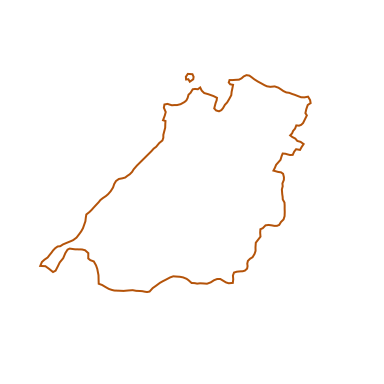 the district of São Luís, Maranhão, Brazil, rotated 31°
{"feature_id": "56859067B1800832829345", "entity_name": "São Luís", "entity_type": "district", "adm_level": 2, "iso_a3": "BRA", "parent_name": "Brazil", "parent_adm1": "Maranhão", "projection": "natural_earth1", "projection_center": [-44.287, -2.635], "detail": "fine", "context": "isolated", "style": "outline", "palette": "amber", "viewbox_px": 384, "rotation_deg": 31, "n_neighbors": 0, "source": "geoboundaries", "source_scale": "gbopen_adm2", "svg_char_len": 3373}
<svg xmlns="http://www.w3.org/2000/svg" viewBox="0 0 384 384"><g transform="rotate(31 192 192)"><path d="M195.0,305.5L198.5,303.6L200.5,302.6L202.8,301.8L205.0,300.9L206.9,299.2L207.8,294.6L209.4,291.0L211.3,286.4L213.0,283.4L214.4,281.2L217.3,276.4L219.4,273.9L222.2,272.5L225.3,270.9L228.3,269.8L232.1,269.2L234.4,269.4L238.5,270.2L241.3,268.7L243.6,267.9L245.9,266.1L248.9,264.5L252.1,262.9L254.6,259.8L256.3,256.3L258.3,253.7L261.1,252.0L265.0,252.0L267.8,252.0L270.5,251.3L273.8,248.9L272.3,245.6L270.1,242.5L269.5,239.4L271.5,237.2L274.2,235.2L276.3,233.8L277.8,232.2L278.7,229.3L277.8,226.9L276.3,225.0L275.4,222.3L276.1,219.4L277.5,216.7L277.5,212.8L276.8,209.7L274.9,206.7L272.8,202.6L273.7,195.0L271.4,191.8L269.8,188.7L271.3,186.6L272.2,182.7L274.6,180.8L277.6,179.5L280.1,178.6L282.3,177.2L283.7,175.3L283.7,171.9L284.6,168.4L283.8,165.0L281.8,161.4L280.0,158.6L278.4,155.9L276.7,153.4L273.6,151.6L272.2,149.5L270.4,147.3L267.7,143.5L266.8,140.4L265.1,138.1L264.5,134.3L263.2,132.0L260.7,129.5L258.2,129.3L255.3,130.5L250.8,131.7L250.6,128.6L250.1,125.3L251.3,118.9L250.3,114.9L249.9,112.3L252.4,111.1L254.7,110.5L257.0,109.8L259.2,108.3L258.8,104.8L259.2,101.7L262.9,100.3L262.8,97.0L263.0,93.4L259.2,93.1L256.0,94.0L253.0,93.0L249.6,93.2L247.0,92.9L247.6,90.2L247.2,87.6L247.7,84.6L247.1,81.2L249.6,80.0L251.0,78.2L251.7,75.7L251.0,67.2L248.6,66.0L247.3,62.1L246.4,57.8L247.9,54.7L245.9,52.4L242.4,50.5L239.6,53.0L236.7,54.6L233.5,55.2L229.9,55.8L227.4,56.4L224.3,56.9L221.5,58.1L218.3,58.4L215.5,58.2L212.3,58.1L208.5,58.9L205.0,61.5L201.8,62.8L199.1,63.1L195.6,63.2L191.4,63.4L187.2,63.3L183.9,62.9L181.2,62.7L178.5,63.8L176.8,66.3L175.9,69.1L174.4,71.5L171.9,73.2L169.2,75.1L166.5,76.7L167.1,79.2L169.3,80.0L172.0,79.0L173.2,82.3L174.4,85.8L175.8,88.8L176.0,93.4L176.0,97.2L175.3,100.3L175.4,104.2L175.0,106.7L173.6,108.9L170.7,109.7L168.0,108.9L167.1,105.9L166.4,103.5L165.9,100.7L164.9,98.4L161.0,98.7L155.5,99.8L151.5,100.9L148.1,100.1L145.2,98.2L144.1,100.9L141.5,102.1L139.7,103.6L139.7,107.7L138.9,110.4L139.8,113.6L140.0,116.4L139.2,118.8L137.0,122.6L134.4,125.2L132.2,126.5L130.1,128.0L127.8,128.6L125.6,129.1L123.3,131.2L124.5,134.3L128.3,137.0L129.3,140.5L130.2,145.4L132.7,144.8L134.1,147.5L135.9,150.7L138.0,157.8L139.5,160.3L140.1,163.1L138.7,166.9L138.0,171.7L136.8,174.6L136.2,177.9L131.2,197.6L130.3,202.7L130.3,205.6L129.5,208.9L128.3,211.4L127.3,214.0L125.2,216.2L122.6,218.5L121.2,221.7L121.2,225.1L122.0,228.8L121.9,233.2L121.2,237.1L120.3,239.8L118.7,243.2L117.6,246.1L117.3,248.6L116.5,252.3L115.7,256.1L115.2,258.9L114.4,262.0L113.0,265.7L114.2,268.7L115.7,272.0L117.2,279.2L117.3,282.8L117.0,286.3L116.5,290.6L114.9,294.5L113.5,296.5L110.8,300.1L108.4,303.4L107.0,306.3L104.9,307.9L103.7,310.6L103.0,313.7L102.8,316.2L102.4,319.0L102.0,322.5L100.4,326.0L99.4,329.3L100.0,333.5L104.6,331.1L109.2,331.5L114.1,332.2L115.6,329.7L115.3,325.1L114.9,320.5L115.7,315.1L114.9,309.6L115.0,305.5L116.3,303.5L121.0,301.5L125.2,299.1L127.3,297.9L130.3,297.0L134.6,297.8L137.3,302.4L139.9,302.8L143.6,302.1L147.5,304.3L150.4,306.7L154.7,311.5L157.3,315.6L159.3,318.7L162.8,318.0L166.9,318.0L170.7,317.9L173.8,317.2L176.1,316.5L181.2,313.7L184.2,312.1L188.0,309.3L191.7,306.7L195.0,305.5ZM135.0,94.8L134.1,92.5L131.7,90.8L127.6,92.9L127.4,96.4L129.0,98.6L130.8,97.2L133.3,98.6L135.0,94.8Z" fill="none" stroke="#b45309" stroke-width="2"/></g></svg>